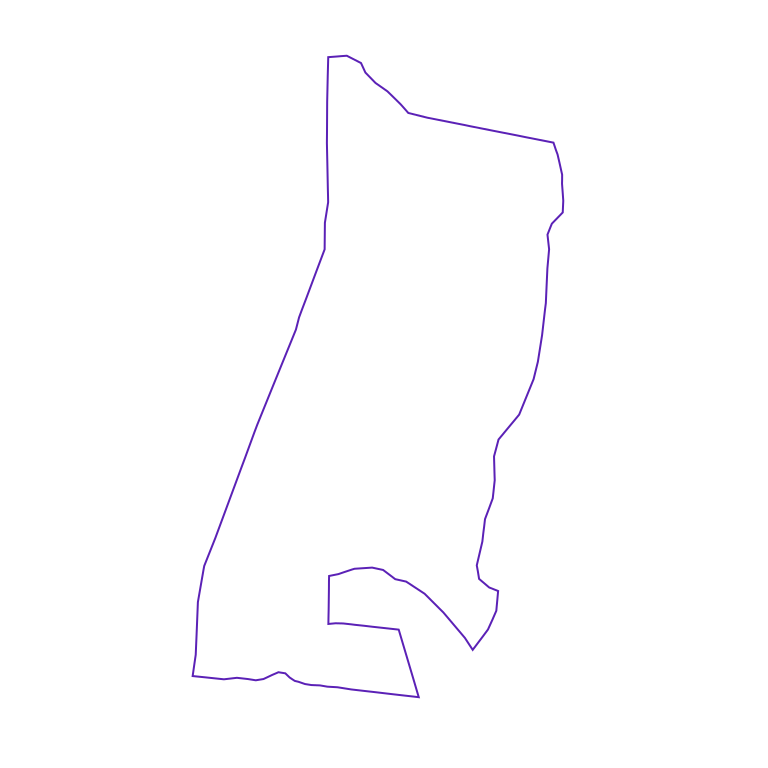 the district of Nduga, Papua, Indonesia, rotated 99°
{"feature_id": "22746128B7624163664321", "entity_name": "Nduga", "entity_type": "district", "adm_level": 2, "iso_a3": "IDN", "parent_name": "Indonesia", "parent_adm1": "Papua", "projection": "orthographic", "projection_center": [138.356, -4.436], "detail": "fine", "context": "isolated", "style": "outline", "palette": "violet", "viewbox_px": 768, "rotation_deg": 99, "n_neighbors": 0, "source": "geoboundaries", "source_scale": "gbopen_adm2", "svg_char_len": 2207}
<svg xmlns="http://www.w3.org/2000/svg" viewBox="0 0 768 768"><g transform="rotate(99 384 384)"><path d="M702.4,527.3L701.7,514.9L700.8,497.7L700.7,495.9L697.2,483.3L696.7,472.3L696.7,464.3L694.3,457.0L694.2,456.8L693.2,455.3L688.7,448.7L686.0,444.4L685.2,443.2L685.2,439.0L685.2,436.2L688.7,431.2L689.2,430.0L689.4,429.7L691.2,425.7L691.5,421.9L692.7,415.1L692.7,408.6L691.7,400.1L691.8,392.6L690.8,382.5L690.8,381.2L690.8,376.7L690.8,368.5L690.0,350.0L689.9,348.0L689.7,343.4L689.2,330.8L688.8,321.3L688.1,305.7L687.9,300.7L670.4,309.0L637.8,324.6L624.8,330.8L624.3,331.1L624.9,343.5L625.6,358.0L625.9,365.7L626.4,375.2L626.5,378.6L626.9,386.9L627.9,394.4L629.7,401.4L622.6,402.4L615.3,403.4L594.6,406.4L587.4,407.5L582.2,408.2L578.9,399.3L576.4,394.6L572.2,386.5L571.1,384.2L567.2,367.0L567.8,355.8L572.6,346.8L575.0,342.4L575.7,331.2L584.8,311.1L597.0,294.3L600.3,289.7L622.1,264.4L632.7,254.8L617.9,246.9L610.2,242.9L599.7,240.0L590.4,237.6L579.6,238.3L570.6,238.9L568.5,248.3L567.4,250.1L563.2,257.0L561.6,259.6L554.3,262.0L548.6,264.0L524.2,262.2L515.5,262.6L508.7,262.8L501.7,263.1L499.7,262.7L490.5,260.8L479.9,258.7L473.6,259.0L461.7,259.6L458.1,260.3L438.3,264.0L429.8,263.1L420.9,262.2L393.1,245.7L378.5,242.3L355.8,237.0L338.0,235.5L320.9,235.5L311.0,235.5L285.5,236.6L278.9,236.8L265.7,238.3L244.3,240.7L225.1,242.0L210.9,245.9L202.8,244.1L199.4,243.3L186.6,234.3L175.0,235.6L167.2,237.4L158.3,239.5L153.9,240.1L149.4,240.8L144.1,242.9L138.0,245.3L130.1,248.5L125.8,250.9L120.4,253.7L119.1,254.4L118.2,278.6L118.1,281.6L117.7,290.6L117.2,304.0L117.2,304.7L116.8,315.6L115.9,339.3L115.6,345.1L115.3,353.4L114.2,382.8L112.5,402.4L105.3,411.1L99.7,418.9L94.4,426.4L88.0,439.5L79.3,451.1L70.6,456.9L65.6,472.1L67.0,478.1L67.7,480.9L69.9,490.2L87.5,487.9L105.9,485.4L114.0,484.3L144.8,479.6L154.9,478.1L174.8,474.5L199.4,470.1L207.0,468.7L213.2,467.6L234.0,467.6L260.3,463.7L283.6,468.5L311.1,474.1L324.0,476.8L331.5,478.3L344.0,479.5L358.6,482.9L366.7,484.8L403.5,493.4L444.0,502.8L451.7,504.4L478.7,509.7L489.5,511.9L501.0,514.2L562.0,526.4L562.5,526.5L591.8,533.1L595.5,533.2L628.5,533.7L660.9,529.9L680.9,527.6L689.0,527.5L702.4,527.3Z" fill="none" stroke="#5b21b6" stroke-width="2"/></g></svg>